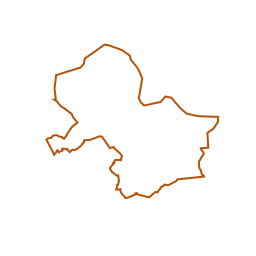 Ugwunagbo, Abia, Nigeria (orthographic projection), rotated 224°
{"feature_id": "59680162B43108992465432", "entity_name": "Ugwunagbo", "entity_type": "district", "adm_level": 2, "iso_a3": "NGA", "parent_name": "Nigeria", "parent_adm1": "Abia", "projection": "orthographic", "projection_center": [7.346, 5.019], "detail": "fine", "context": "isolated", "style": "outline", "palette": "amber", "viewbox_px": 256, "rotation_deg": 224, "n_neighbors": 0, "source": "geoboundaries", "source_scale": "gbopen_adm2", "svg_char_len": 3064}
<svg xmlns="http://www.w3.org/2000/svg" viewBox="0 0 256 256"><g transform="rotate(224 128 128)"><path d="M162.5,57.4L162.8,59.8L163.3,62.9L163.0,62.9L162.6,62.8L161.9,62.6L161.4,62.5L160.8,62.5L160.6,63.8L159.4,66.3L160.0,66.8L160.9,67.4L160.4,67.9L160.2,68.2L159.9,68.4L159.6,68.7L158.8,69.1L157.9,69.5L157.7,70.0L157.2,70.8L156.4,70.3L156.3,70.2L155.3,70.2L154.7,70.3L153.2,70.0L153.0,71.0L153.2,72.2L152.9,73.6L152.6,74.0L151.4,74.8L150.9,75.6L149.9,78.3L149.8,79.8L149.7,81.4L149.4,83.3L149.7,84.3L150.0,85.8L149.9,86.4L149.7,86.8L149.8,87.1L150.0,87.5L151.1,88.7L149.3,90.5L147.5,92.5L147.0,93.1L146.8,93.8L146.3,94.7L143.5,100.6L142.8,102.1L142.2,102.5L141.7,103.0L141.3,103.6L140.6,103.8L140.2,103.8L139.7,103.5L139.2,103.2L138.3,103.1L137.3,103.1L136.1,102.8L134.0,102.4L128.8,101.3L127.5,101.0L127.1,100.9L126.9,101.4L126.7,101.8L126.4,102.1L126.2,102.6L125.3,104.0L125.2,103.8L124.8,103.9L120.3,104.1L120.0,104.0L119.1,104.1L118.6,104.0L118.2,104.0L116.6,104.3L115.1,104.0L112.6,103.5L111.8,101.4L110.8,99.9L111.1,99.8L111.5,99.4L113.7,97.4L114.6,96.3L115.0,96.0L115.0,95.8L114.8,94.8L114.4,93.2L114.3,92.9L114.3,92.6L113.6,93.0L113.4,87.7L112.9,86.3L109.2,85.3L106.2,85.6L102.6,86.0L102.2,87.1L100.7,86.0L97.9,83.8L95.7,80.2L96.2,79.5L95.9,79.1L95.0,77.8L94.9,77.5L94.6,77.3L94.1,76.4L93.9,76.0L93.8,75.6L93.2,76.0L91.9,77.4L91.1,78.7L89.3,77.2L88.9,76.9L85.2,76.2L84.1,76.4L83.2,76.4L82.2,75.9L81.5,75.8L80.0,77.2L76.7,84.9L77.2,85.8L76.8,86.0L76.6,86.5L76.8,86.8L76.1,87.4L75.4,86.7L64.7,92.7L64.5,94.5L63.9,100.7L63.7,101.2L62.2,101.9L62.7,107.1L63.2,108.6L63.2,109.0L62.8,109.6L62.1,111.2L62.1,111.6L62.3,112.2L62.5,112.6L61.1,113.6L60.5,113.9L60.3,114.0L60.1,114.2L59.9,114.4L59.6,114.5L59.3,114.8L56.4,123.6L56.7,125.5L45.7,138.5L42.1,142.9L39.6,145.9L39.8,146.0L40.0,146.2L40.5,146.1L41.1,146.1L41.7,146.1L42.7,146.0L43.5,146.4L44.2,146.8L44.6,147.1L45.1,147.5L45.8,147.9L46.6,148.2L47.9,148.5L49.2,149.0L51.1,150.6L52.9,152.3L53.4,152.7L53.6,153.3L54.4,156.4L55.7,162.3L56.1,162.6L58.3,163.1L61.0,163.6L61.6,164.0L56.6,169.6L67.5,179.7L66.1,186.8L67.5,194.9L69.2,196.8L70.9,198.6L85.8,185.2L95.7,179.1L103.2,178.6L112.3,179.3L117.7,180.0L123.0,176.6L122.6,169.4L132.0,155.4L136.7,155.4L140.8,156.8L148.0,167.4L152.3,173.7L159.5,176.6L162.7,177.8L172.6,179.0L173.4,178.9L176.9,181.3L186.0,180.0L186.9,179.7L200.1,173.7L202.8,171.7L207.3,148.0L204.4,143.5L204.3,142.0L204.1,138.7L216.4,116.1L208.2,105.3L200.1,98.7L200.8,97.1L199.8,97.4L199.3,97.5L198.0,97.7L196.6,97.7L195.4,97.4L192.1,97.1L190.8,97.2L187.3,97.9L185.9,98.1L182.7,98.4L178.3,99.0L176.0,98.0L174.8,97.6L173.4,97.4L170.8,97.1L169.0,96.9L168.1,96.8L168.9,91.3L169.0,89.9L168.0,83.2L167.6,81.8L167.1,80.1L166.7,77.5L166.5,75.8L168.0,75.4L168.4,75.4L168.9,75.8L169.3,75.6L170.9,74.5L171.4,74.2L172.4,73.8L173.0,73.7L173.7,73.5L174.5,73.2L175.0,72.6L175.5,72.0L176.0,71.3L176.5,70.6L176.7,70.1L176.7,69.4L176.5,68.7L176.3,67.7L176.6,67.4L177.3,66.3L178.4,64.8L178.6,64.2L178.7,63.4L178.7,63.0L171.6,60.6L166.7,59.0L162.5,57.4Z" fill="none" stroke="#b45309" stroke-width="2"/></g></svg>